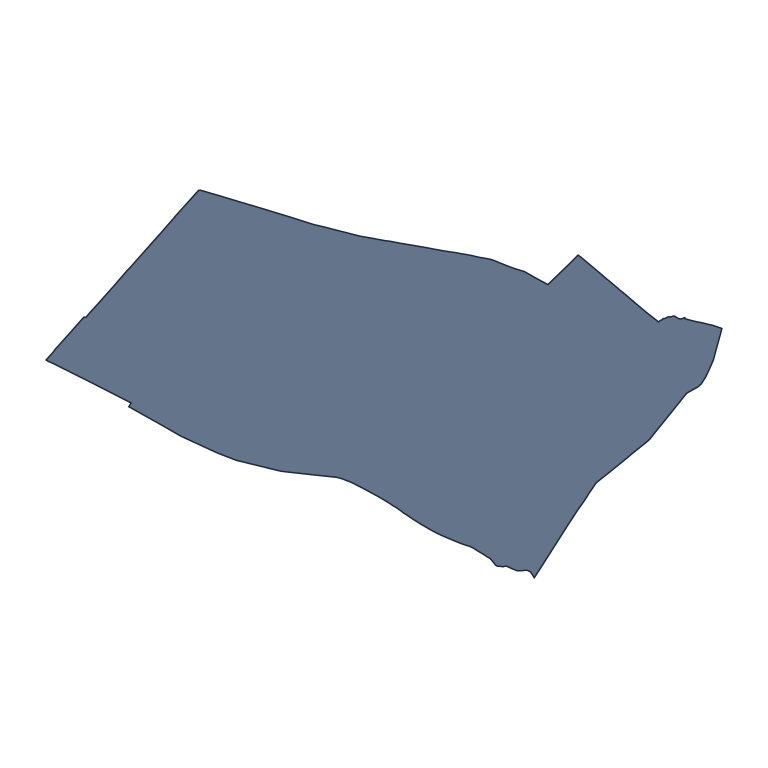 outline of Cochirleanca, Buzau, Romania
{"feature_id": "2599482B68265285163433", "entity_name": "Cochirleanca", "entity_type": "district", "adm_level": 2, "iso_a3": "ROU", "parent_name": "Romania", "parent_adm1": "Buzau", "projection": "equal_earth", "projection_center": [27.016, 45.202], "detail": "fine", "context": "isolated", "style": "filled", "palette": "slate", "viewbox_px": 768, "rotation_deg": 0, "n_neighbors": 0, "source": "geoboundaries", "source_scale": "gbopen_adm2", "svg_char_len": 4775}
<svg xmlns="http://www.w3.org/2000/svg" viewBox="0 0 768 768"><path d="M534.2,577.8L534.4,577.6L534.6,577.2L534.8,576.9L539.9,569.1L544.4,562.1L544.5,561.9L549.3,554.4L558.2,540.3L558.3,540.2L567.6,525.5L577.4,510.5L582.3,503.6L586.3,497.8L589.1,493.1L592.1,488.9L596.1,482.9L598.3,481.1L608.9,472.7L619.5,464.1L624.4,460.2L624.7,459.8L628.6,456.7L631.4,454.2L646.4,442.2L649.6,439.4L655.4,432.1L675.2,407.6L675.3,407.4L685.7,394.4L687.2,392.9L698.0,386.9L701.4,383.8L705.7,377.0L709.6,368.6L713.4,360.1L713.5,359.7L715.4,352.4L721.2,331.3L721.9,328.5L713.6,325.6L712.7,325.3L710.9,324.9L706.5,323.9L701.7,322.7L696.9,321.8L691.4,320.5L686.0,319.0L684.8,318.5L685.0,317.9L684.4,317.6L682.2,318.7L680.8,319.0L678.2,318.5L674.6,316.1L673.5,316.0L670.6,316.9L668.1,316.9L666.9,317.3L665.7,318.3L664.5,318.5L663.4,318.5L662.9,318.8L661.9,319.8L660.3,320.5L658.5,321.9L646.7,312.6L635.3,303.1L628.7,297.4L627.7,296.5L624.5,293.8L618.9,289.3L618.6,288.9L614.9,285.8L612.1,283.4L606.4,278.7L597.0,270.7L592.3,266.7L588.8,263.8L587.3,262.5L585.7,261.2L580.8,257.1L579.9,256.5L579.2,255.9L578.7,255.6L578.0,255.1L577.3,255.8L571.5,261.8L565.9,267.2L560.0,272.9L554.9,277.8L547.9,284.6L534.8,277.5L524.5,271.6L520.6,270.4L512.9,268.0L511.3,267.4L506.6,265.6L502.9,264.1L500.3,263.1L496.7,261.6L495.9,261.2L494.2,260.6L492.2,259.8L491.1,259.5L488.0,258.8L485.9,258.4L480.2,257.5L476.9,256.8L471.9,255.6L465.8,254.4L462.1,253.9L460.5,253.6L457.7,253.0L454.7,252.5L447.1,251.4L445.8,251.2L444.0,250.9L442.6,250.7L439.0,250.0L437.3,249.7L434.8,249.3L433.2,249.0L431.8,248.7L430.8,248.5L429.5,248.2L427.1,247.8L423.3,247.1L418.6,246.3L413.5,245.4L409.7,244.8L408.1,244.5L406.2,244.3L405.9,244.2L405.1,244.0L403.2,243.7L401.8,243.5L400.6,243.3L399.1,243.0L397.5,242.7L393.8,242.0L390.9,241.4L386.8,240.8L386.3,240.8L385.7,240.8L384.9,240.6L380.4,239.8L378.1,239.4L375.8,239.0L374.2,238.6L372.4,238.3L360.4,236.2L356.3,235.2L343.0,231.8L331.1,228.8L325.3,227.2L325.1,227.2L324.8,227.1L314.4,224.7L313.6,224.5L303.1,221.2L295.9,218.9L292.8,217.9L290.7,217.2L285.7,215.7L284.8,215.4L284.1,215.2L281.6,214.4L279.8,213.9L272.2,211.6L252.1,205.5L249.8,204.9L248.8,204.6L247.5,204.2L243.3,202.9L242.5,202.7L240.4,202.1L238.1,201.4L237.2,201.1L224.5,197.3L224.3,197.2L217.0,195.0L216.3,194.8L211.3,193.4L205.6,191.7L203.9,191.2L202.6,190.8L201.5,190.5L200.5,190.2L199.3,190.3L199.2,190.3L198.7,190.3L198.4,190.5L197.5,191.6L196.3,192.9L196.1,193.1L195.7,193.5L191.1,198.7L174.7,216.9L174.8,217.0L169.7,222.8L164.8,228.4L162.3,231.3L160.6,233.3L158.8,235.2L136.8,260.0L130.5,267.1L126.5,271.2L126.4,271.4L113.0,286.9L97.6,304.2L92.2,310.1L91.4,310.9L86.0,317.2L85.2,317.3L84.7,317.2L84.1,317.1L83.7,317.3L77.0,324.9L70.6,332.2L70.3,332.6L68.7,334.3L66.0,337.2L64.4,339.1L61.7,342.1L60.7,343.2L58.4,345.8L56.3,348.1L55.9,348.6L55.4,349.1L55.1,349.4L54.7,350.1L54.0,351.0L52.7,352.7L51.4,354.1L50.8,354.9L49.3,356.4L47.9,358.0L47.5,358.5L47.2,358.7L47.1,358.8L46.8,359.2L46.7,359.4L46.5,359.6L46.3,359.8L46.1,359.9L46.1,360.0L46.5,360.3L46.9,360.5L47.8,361.1L48.4,361.5L49.6,361.9L51.7,362.8L53.4,363.6L54.6,364.2L55.1,364.4L55.7,364.7L57.4,365.6L59.8,366.8L60.6,367.2L64.2,369.1L64.6,369.2L67.8,370.8L68.6,371.2L72.4,373.2L74.2,374.0L78.3,376.1L79.7,376.8L82.3,378.1L83.2,378.5L85.5,379.7L88.2,381.0L89.8,381.9L91.3,382.6L91.8,382.8L92.9,383.4L93.5,383.7L94.2,384.0L94.7,384.3L95.3,384.6L96.2,385.1L97.3,385.7L98.1,386.1L100.3,387.2L101.2,387.6L102.9,388.5L104.8,389.5L107.8,391.0L109.9,392.1L113.1,393.7L116.3,395.4L118.7,396.6L125.5,400.1L131.1,403.0L128.8,406.7L148.2,417.6L152.0,419.7L161.1,424.8L180.7,436.1L194.1,442.3L201.8,445.8L206.3,447.9L212.4,450.7L218.6,453.5L226.2,456.4L236.5,460.4L246.2,462.7L247.5,463.1L258.0,465.6L270.4,468.7L277.9,470.5L280.2,471.0L280.8,471.2L288.3,472.1L292.9,472.6L297.6,473.1L301.3,473.6L301.5,473.6L301.9,473.6L302.7,473.7L310.1,474.5L330.6,476.7L334.3,477.1L334.7,477.1L335.3,477.2L336.4,477.3L340.2,478.2L343.5,479.3L346.0,480.4L349.4,481.6L352.4,482.9L354.2,483.8L356.6,485.1L362.2,487.9L375.5,495.1L377.8,496.3L379.8,497.5L383.9,499.9L385.2,500.7L389.8,503.5L393.1,505.8L394.9,506.8L396.4,507.7L401.8,511.5L402.9,512.5L404.6,513.6L414.2,520.0L416.2,521.2L419.0,523.0L421.5,524.6L424.9,526.5L430.3,529.7L435.5,532.5L441.5,535.4L448.7,538.5L449.2,538.6L451.7,539.7L454.2,540.8L460.9,543.5L466.7,545.5L468.9,546.2L469.7,546.4L473.3,548.1L475.2,549.3L477.2,550.6L479.8,552.2L484.8,555.2L486.6,556.5L487.5,557.0L490.2,558.5L494.8,564.1L495.3,564.9L497.5,566.3L499.8,566.3L501.5,566.5L503.2,566.8L505.1,566.1L505.8,566.1L506.7,566.3L508.3,567.0L509.5,567.4L510.8,568.2L512.8,569.0L516.6,570.6L517.3,570.8L521.8,570.7L525.7,570.2L527.4,570.4L529.9,571.5L531.7,573.6L533.8,577.0L534.0,577.4L534.2,577.8Z" fill="#64748b" stroke="#1e293b" stroke-width="1.5"/></svg>